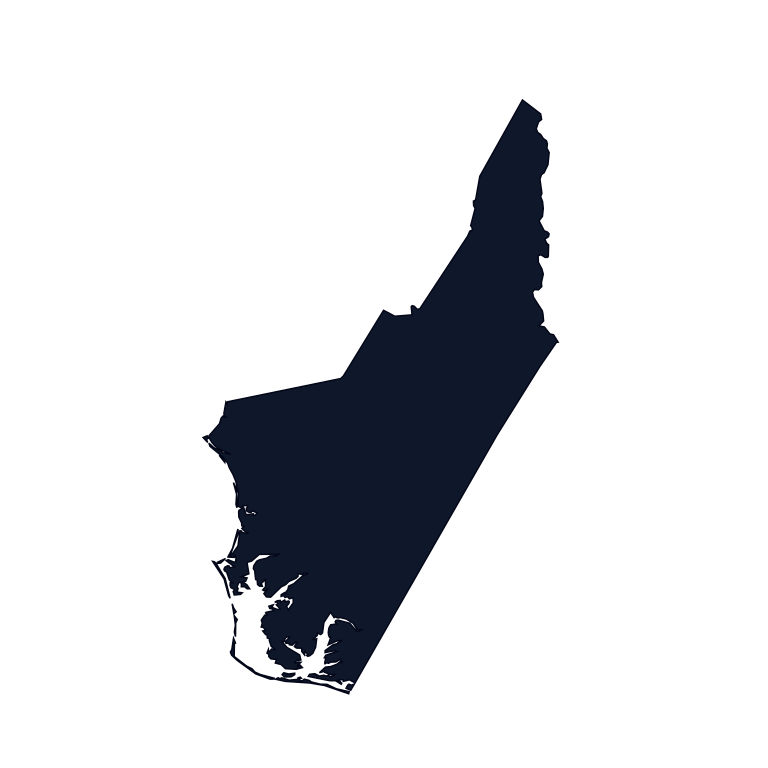 North Carolina, Equal Earth projection, rotated 120°
{"feature_id": "USA-3549", "entity_name": "North Carolina", "entity_type": "State", "adm_level": 1, "iso_a3": "USA", "parent_name": "United States of America", "parent_adm1": "", "projection": "equal_earth", "projection_center": [-78.085, 35.229], "detail": "fine", "context": "isolated", "style": "filled", "palette": "ink", "viewbox_px": 768, "rotation_deg": 120, "n_neighbors": 0, "source": "natural_earth", "source_scale": "10m", "svg_char_len": 6172}
<svg xmlns="http://www.w3.org/2000/svg" viewBox="0 0 768 768"><g transform="rotate(120 384 384)"><path d="M657.3,259.6L657.5,266.1L661.9,270.6L660.6,271.3L661.5,273.5L664.8,277.0L663.3,273.8L664.5,270.9L665.4,270.9L665.2,277.6L668.2,282.9L675.1,303.4L672.6,303.3L669.5,299.1L669.2,293.9L666.3,290.5L665.8,287.9L663.8,286.6L664.4,284.1L662.4,282.3L660.0,281.5L662.1,284.4L663.4,291.2L662.4,291.7L666.3,295.6L658.4,293.1L655.4,288.9L650.3,284.7L645.5,282.8L646.6,281.7L645.7,280.8L644.3,284.1L648.8,286.8L651.7,291.3L653.5,292.2L654.2,294.4L655.8,295.2L655.4,295.8L650.4,297.5L650.9,298.8L648.0,298.8L639.2,291.1L640.1,294.0L646.1,300.7L644.3,301.7L635.2,297.7L632.0,294.4L630.8,294.7L627.1,291.7L629.1,295.6L637.9,302.0L630.8,303.2L629.7,303.9L630.6,304.6L629.1,306.5L626.9,308.1L622.9,309.7L619.2,309.8L615.6,305.2L614.4,307.4L612.8,307.4L611.4,305.7L608.3,294.0L611.8,284.1L611.1,282.5L608.2,280.8L610.2,284.4L606.7,291.0L606.4,299.1L608.1,304.9L609.8,307.2L610.2,310.2L611.3,310.4L608.4,316.1L620.6,316.8L630.3,312.8L632.6,313.5L633.1,317.4L635.0,316.1L641.4,318.0L638.3,314.9L646.2,311.6L652.9,311.0L656.6,312.5L657.9,313.9L657.8,315.4L656.3,314.5L655.0,318.6L658.4,317.4L656.8,321.4L654.0,323.2L656.5,327.9L656.2,330.3L651.4,330.2L652.7,331.9L656.0,332.8L657.2,335.6L656.1,336.6L657.6,339.2L656.4,340.6L650.3,339.2L651.5,341.6L653.2,342.4L657.1,341.8L658.1,343.7L660.6,336.3L660.8,321.6L664.6,318.0L667.1,321.3L669.9,322.2L669.8,320.9L667.6,319.2L666.5,316.8L671.0,318.2L672.4,317.4L669.4,316.1L670.4,312.9L674.9,317.3L679.8,327.0L678.4,332.8L680.0,338.6L676.3,339.4L678.6,344.5L677.7,347.4L675.7,348.6L675.6,350.8L671.7,351.4L673.2,350.2L672.9,349.2L669.8,348.9L668.3,345.0L667.6,350.5L663.6,355.0L661.9,355.5L662.3,358.1L659.7,359.8L660.2,361.2L658.5,365.5L656.5,363.4L655.1,366.8L655.9,368.8L652.1,369.8L649.8,372.2L643.8,371.7L642.5,369.7L641.4,372.1L640.6,371.9L635.3,366.0L634.7,368.1L635.5,370.7L634.0,372.6L630.6,369.5L633.5,369.5L632.5,363.4L630.7,361.2L629.1,366.9L627.4,366.2L626.2,367.5L627.6,369.5L625.1,368.1L623.3,365.6L624.7,364.3L620.7,362.0L621.8,360.5L619.6,358.1L619.9,357.1L621.7,356.6L625.3,357.2L627.5,354.0L618.9,353.2L614.5,355.9L617.4,358.6L616.4,361.1L618.4,363.1L617.4,365.0L619.4,366.9L617.9,367.7L614.3,365.8L614.5,363.7L612.6,365.0L610.5,364.4L606.7,365.5L602.1,362.3L589.9,358.2L585.8,354.7L587.7,358.7L589.9,359.6L591.2,363.7L593.4,362.3L596.3,363.1L602.5,367.6L606.8,368.8L611.2,371.6L625.3,375.6L627.2,379.4L625.6,383.2L620.5,382.4L623.0,384.4L623.0,386.1L618.8,385.2L612.7,388.9L618.9,390.8L620.1,390.1L619.0,389.4L620.0,388.2L621.3,390.8L620.9,393.2L617.1,395.9L617.5,397.4L610.3,402.7L609.2,404.9L606.4,405.9L601.1,405.6L598.7,404.1L593.5,398.5L589.9,396.7L586.5,391.4L584.0,390.1L593.9,406.8L603.5,410.1L607.0,413.4L615.9,406.1L622.4,411.3L620.4,405.6L623.9,405.2L626.0,407.5L626.4,402.4L628.5,398.0L629.8,400.1L629.3,403.4L631.0,406.2L627.8,407.9L628.0,410.5L633.3,409.8L634.0,408.1L637.7,407.2L635.7,402.4L637.9,403.0L641.6,408.2L639.2,410.8L636.6,410.6L637.0,414.4L635.6,416.5L632.9,417.9L631.9,415.9L631.0,420.1L625.6,426.2L625.5,428.7L624.5,430.0L622.2,430.2L619.4,428.4L619.1,426.9L620.3,425.6L617.1,422.3L615.9,432.4L614.1,431.2L613.2,424.7L612.2,423.7L608.7,425.1L606.1,428.2L609.0,426.9L611.0,430.8L597.2,429.5L583.2,435.4L582.5,433.8L583.7,432.7L581.7,427.6L580.4,427.3L581.2,430.8L580.1,434.9L577.4,434.0L577.9,436.3L575.5,437.9L571.8,443.2L567.2,446.1L565.9,446.4L561.2,443.7L566.1,438.0L561.7,432.1L562.9,431.5L562.6,430.2L559.6,429.4L558.8,428.2L559.8,434.7L561.6,434.8L562.7,437.3L562.6,439.7L560.4,441.1L558.8,440.6L557.8,441.8L559.5,444.6L562.6,446.2L562.9,449.6L551.7,455.1L542.3,463.8L537.8,469.6L533.9,476.1L530.6,479.9L527.6,487.9L525.0,503.5L522.8,506.1L524.2,499.4L523.6,491.9L524.2,489.2L521.3,481.4L522.7,493.1L522.2,499.2L520.6,504.0L518.0,508.5L516.3,509.7L500.6,506.6L494.8,508.0L492.3,507.4L492.7,505.9L491.8,504.2L491.1,506.8L489.4,508.0L478.6,511.9L479.6,510.0L477.6,510.6L400.9,424.2L397.3,423.2L320.4,421.2L319.9,408.5L310.1,394.3L303.4,399.1L302.1,398.8L301.5,396.7L302.7,392.7L301.1,390.6L214.1,385.5L208.7,386.1L206.7,384.4L204.6,385.8L203.5,388.1L186.3,392.9L184.8,395.5L180.9,398.0L179.4,396.8L177.1,397.3L156.2,404.9L68.8,406.1L71.8,383.3L76.1,379.8L79.8,381.2L87.0,379.7L89.3,376.5L89.6,373.0L91.8,368.7L92.1,365.0L94.3,362.6L98.4,360.8L101.0,356.7L112.0,351.7L120.9,351.0L124.0,352.3L128.7,351.3L139.9,342.6L143.4,342.0L146.7,337.9L152.4,333.8L159.6,330.6L165.2,331.3L171.2,321.9L170.7,318.4L171.4,316.1L174.2,315.2L178.2,317.2L180.7,313.5L181.2,311.0L191.2,305.6L192.4,305.6L193.8,307.7L193.6,312.8L196.0,314.6L201.5,311.1L205.4,304.8L209.2,301.0L217.4,298.4L220.8,296.1L225.2,297.3L227.1,301.0L230.3,301.3L234.1,297.9L241.5,283.5L243.8,281.4L249.6,277.3L256.2,278.9L254.4,273.6L257.7,265.4L256.6,261.8L260.7,254.1L261.8,255.5L291.0,257.8L371.2,260.6L657.3,259.6ZM669.9,259.7L674.8,284.6L680.1,298.9L690.9,320.8L693.9,330.3L691.4,328.9L691.2,326.7L689.6,325.6L687.9,318.1L682.9,311.0L681.6,311.6L679.8,310.1L680.1,308.5L681.3,309.6L682.9,309.0L682.1,306.3L679.5,305.5L678.1,300.7L678.3,297.8L675.8,289.1L672.6,283.2L671.8,272.9L667.9,260.3L669.9,259.7ZM696.5,335.0L699.2,350.1L696.7,373.3L695.0,380.4L693.0,383.0L690.1,383.0L679.4,387.2L682.6,383.1L683.7,383.7L694.9,377.5L697.0,361.9L696.6,355.9L698.0,351.8L697.4,345.7L693.7,332.0L694.4,331.5L696.5,335.0ZM631.9,424.3L646.5,410.1L645.0,412.7L632.8,425.0L623.3,443.7L622.7,441.9L623.7,439.1L631.9,424.3ZM682.8,321.6L679.1,316.7L680.3,316.0L684.0,318.0L687.5,323.8L686.6,326.9L684.2,326.4L682.8,321.6ZM585.9,435.6L608.8,431.6L612.5,432.7L602.1,433.0L582.7,438.0L585.9,435.6ZM665.9,259.7L666.5,264.7L663.0,264.9L661.5,264.3L661.1,261.7L658.6,259.6L665.9,259.7ZM548.6,459.2L564.7,449.5L562.3,452.0L553.2,456.5L544.7,465.1L548.6,459.2ZM661.4,393.3L665.0,393.0L677.0,386.3L673.6,389.6L667.2,392.1L659.5,397.9L661.4,393.3ZM520.8,510.0L522.8,507.4L520.8,513.9L517.3,511.3L519.0,509.1L520.8,510.0ZM620.8,436.0L622.8,438.7L621.8,439.2L614.4,434.0L620.8,436.0ZM655.2,398.2L658.1,399.1L650.3,405.6L653.2,402.1L655.2,398.2ZM527.6,491.1L529.7,483.7L531.5,482.7L528.6,490.0L527.6,491.1Z" fill="#0f172a" stroke="#020617" stroke-width="1.5"/></g></svg>